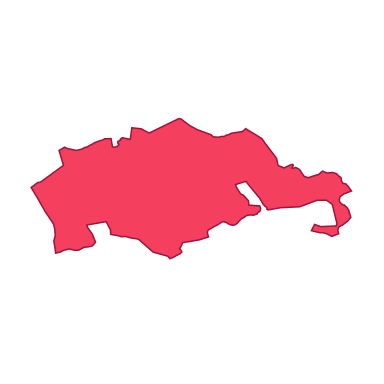 the district of Buji, Jigawa, Nigeria, rotated 256°
{"feature_id": "59680162B86414227144381", "entity_name": "Buji", "entity_type": "district", "adm_level": 2, "iso_a3": "NGA", "parent_name": "Nigeria", "parent_adm1": "Jigawa", "projection": "equal_earth", "projection_center": [9.704, 11.546], "detail": "fine", "context": "isolated", "style": "filled", "palette": "rose", "viewbox_px": 384, "rotation_deg": 256, "n_neighbors": 0, "source": "geoboundaries", "source_scale": "gbopen_adm2", "svg_char_len": 3563}
<svg xmlns="http://www.w3.org/2000/svg" viewBox="0 0 384 384"><g transform="rotate(256 192 192)"><path d="M154.4,347.0L157.7,345.6L159.5,345.0L159.9,344.7L162.6,343.3L163.8,340.6L166.4,339.7L169.9,340.1L172.2,338.1L174.6,336.8L175.8,335.1L177.0,333.0L177.5,328.9L177.6,327.6L178.4,326.9L179.6,325.0L180.7,323.8L180.3,322.8L179.6,321.3L179.2,321.0L179.0,320.3L178.7,319.8L178.3,318.9L178.4,317.4L177.9,310.0L177.7,308.5L179.9,304.7L184.2,303.0L185.2,302.7L186.6,302.2L187.9,301.7L189.6,299.9L190.8,298.4L190.6,296.9L190.7,295.5L191.0,294.8L193.6,296.8L194.5,296.1L194.5,294.7L194.3,293.3L193.8,290.5L193.0,287.3L196.9,281.9L204.2,282.2L220.5,275.2L226.9,272.7L232.3,267.5L239.1,260.7L240.5,259.6L238.5,255.6L239.5,244.3L239.0,242.3L238.8,241.5L238.8,238.7L238.1,236.8L238.4,235.5L238.8,234.0L238.7,231.2L240.4,225.9L243.0,224.4L246.4,219.3L246.9,218.6L251.1,212.3L257.0,205.9L257.3,205.7L259.8,203.6L265.7,198.9L266.4,196.9L259.6,164.7L265.6,158.0L268.9,149.2L258.1,144.9L258.6,143.6L260.0,140.7L260.1,140.4L261.4,137.9L261.5,137.3L261.3,136.6L260.8,136.0L260.8,135.8L260.8,135.6L260.7,135.4L260.3,135.3L260.2,135.3L260.0,135.2L259.9,135.2L259.8,135.3L259.6,135.3L259.5,135.1L259.5,134.8L259.5,134.4L259.4,134.2L259.3,133.7L259.1,132.5L259.0,132.3L258.8,132.1L258.3,132.0L258.0,132.0L257.7,131.9L257.0,132.0L256.5,132.2L256.2,132.5L255.9,132.6L254.7,131.3L254.3,130.0L254.2,128.0L254.4,126.8L255.3,125.8L263.4,126.4L264.1,122.8L264.8,120.0L264.1,118.2L264.0,114.4L263.3,108.8L262.6,106.9L261.8,103.2L261.1,101.3L261.1,98.5L260.5,96.4L260.3,95.7L260.3,91.0L260.3,89.9L264.6,81.1L266.3,79.3L264.5,73.1L248.9,73.7L246.7,68.2L238.2,47.3L238.5,44.6L235.3,37.0L223.3,40.7L218.2,42.1L214.0,43.3L208.3,44.9L194.8,49.8L189.4,49.9L182.6,48.7L178.0,46.1L175.6,45.9L170.0,45.4L165.6,44.9L165.6,49.8L166.4,53.1L166.5,58.8L165.1,61.6L163.7,64.4L163.0,68.2L163.7,71.0L164.5,73.8L163.8,78.5L163.8,82.3L166.6,86.3L170.7,85.7L175.2,85.1L182.6,82.2L185.0,81.9L185.4,81.9L184.0,101.6L177.4,103.1L174.8,103.7L174.4,103.6L170.6,102.8L169.6,104.9L167.7,109.3L165.5,113.0L165.5,114.1L164.8,117.0L162.7,120.7L161.3,123.6L159.9,127.3L158.5,129.2L157.2,130.0L143.1,139.7L141.2,143.1L135.4,153.2L132.7,154.3L133.1,157.8L134.3,162.3L135.0,165.5L136.2,167.6L137.6,167.4L140.2,166.3L141.4,167.9L145.2,170.7L144.5,177.7L144.1,183.6L143.8,187.5L144.4,197.2L147.5,197.0L149.3,197.2L151.1,198.4L151.5,199.8L153.1,205.3L153.3,206.2L153.9,209.0L155.2,212.4L155.7,214.3L155.5,215.6L154.6,217.0L153.6,218.5L152.2,219.7L150.9,221.3L149.8,223.6L149.8,226.1L150.6,228.3L151.8,229.8L153.0,231.8L154.1,233.6L154.8,236.6L155.8,239.0L155.9,240.8L155.7,242.5L155.3,244.3L154.6,245.8L154.9,249.8L156.2,251.0L156.6,252.7L157.5,253.9L159.8,254.7L162.2,254.3L162.3,253.8L165.5,244.0L169.6,244.7L169.8,244.7L176.6,241.0L178.4,238.7L185.1,236.5L188.7,236.0L189.1,243.3L189.3,245.4L189.0,247.0L185.8,248.4L181.0,250.7L178.4,251.9L175.4,253.4L172.8,254.6L170.9,255.5L169.8,256.2L168.6,256.4L167.4,256.8L162.9,258.1L161.0,259.1L160.0,259.9L159.3,260.6L158.3,260.8L157.3,260.5L156.2,261.5L155.3,274.3L151.6,293.0L153.7,311.3L151.5,320.5L146.3,324.9L146.0,325.1L126.0,325.0L124.2,323.5L127.3,308.5L130.9,303.1L128.5,301.0L125.6,298.5L121.6,306.1L120.7,309.5L118.7,312.8L118.4,313.2L115.1,316.9L116.0,324.2L119.9,324.2L122.8,326.3L123.4,329.9L126.4,336.6L129.0,340.0L132.4,339.8L133.1,339.5L133.3,339.8L136.7,339.6L140.1,338.3L141.2,337.2L142.1,337.1L142.6,336.6L142.6,335.8L143.6,334.8L146.6,332.9L146.8,332.9L148.9,333.0L151.5,334.5L153.3,338.6L154.4,347.0Z" fill="#f43f5e" stroke="#9f1239" stroke-width="1.5"/></g></svg>